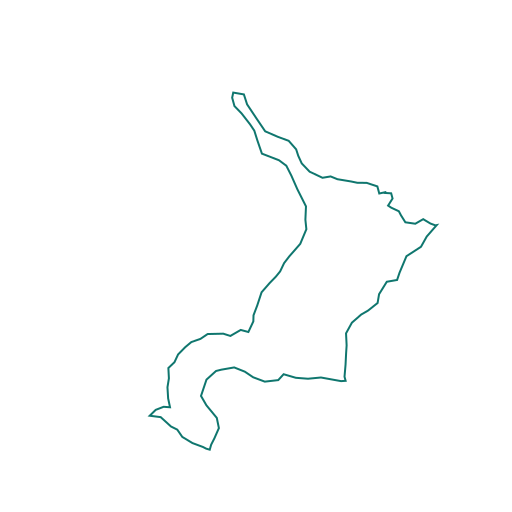 the district of Armou, Paphos, Cyprus, rotated 150°
{"feature_id": "46923920B18144204603704", "entity_name": "Armou", "entity_type": "district", "adm_level": 2, "iso_a3": "CYP", "parent_name": "Cyprus", "parent_adm1": "Paphos", "projection": "equal_earth", "projection_center": [32.488, 34.792], "detail": "fine", "context": "isolated", "style": "outline", "palette": "teal", "viewbox_px": 512, "rotation_deg": 150, "n_neighbors": 0, "source": "geoboundaries", "source_scale": "gbopen_adm2", "svg_char_len": 1613}
<svg xmlns="http://www.w3.org/2000/svg" viewBox="0 0 512 512"><g transform="rotate(150 256 256)"><path d="M112.4,246.7L118.0,248.5L116.1,255.6L123.6,264.0L131.7,268.8L136.4,273.0L147.1,281.8L151.6,287.6L159.3,290.5L167.4,302.2L170.1,313.3L169.3,321.7L167.9,328.3L170.1,339.4L177.5,348.3L185.7,359.4L186.8,374.7L187.9,391.8L185.7,402.0L194.0,408.9L197.5,405.0L199.7,396.6L197.2,386.7L195.3,372.9L194.8,365.4L197.0,355.5L199.7,341.7L188.2,327.4L184.6,319.0L185.2,307.9L186.8,293.2L187.9,274.0L195.1,262.7L199.0,254.0L211.6,244.4L227.2,239.1L235.2,235.8L242.8,230.6L249.1,228.2L257.9,225.7L269.3,221.8L279.6,212.6L287.8,205.9L291.0,200.7L300.6,194.0L306.2,199.6L318.2,199.6L323.2,205.1L336.9,212.6L345.5,212.0L355.0,213.8L356.8,213.5L363.0,212.4L372.7,209.7L379.7,204.8L387.9,202.8L392.6,193.6L398.3,186.6L403.3,176.6L406.1,168.0L411.4,171.6L419.8,172.9L427.9,170.8L419.1,164.1L414.9,150.9L411.0,145.0L410.3,136.2L404.6,125.8L397.4,117.1L395.5,114.1L392.9,111.4L389.2,115.0L383.2,118.9L374.2,125.5L370.9,135.4L373.6,151.5L373.6,162.3L360.7,173.7L348.1,176.4L342.9,174.9L330.6,170.4L323.5,161.4L319.1,152.4L311.2,142.8L298.8,137.4L291.2,139.8L282.4,130.6L272.3,123.7L260.5,118.3L244.9,105.1L240.8,103.1L239.7,107.2L232.8,117.1L226.8,126.4L222.2,133.3L216.7,144.0L206.3,150.3L194.2,152.7L186.3,152.7L174.2,154.5L168.5,161.4L155.6,168.3L145.8,164.7L140.0,169.8L125.8,180.6L108.5,181.5L98.4,187.5L84.1,192.4L85.3,192.8L88.7,196.9L92.8,204.3L101.9,204.3L109.8,210.5L110.1,218.9L109.9,223.3L114.7,230.2L116.4,233.6L109.0,237.5L107.6,242.7L112.9,246.2L112.4,246.7Z" fill="none" stroke="#0f766e" stroke-width="2"/></g></svg>